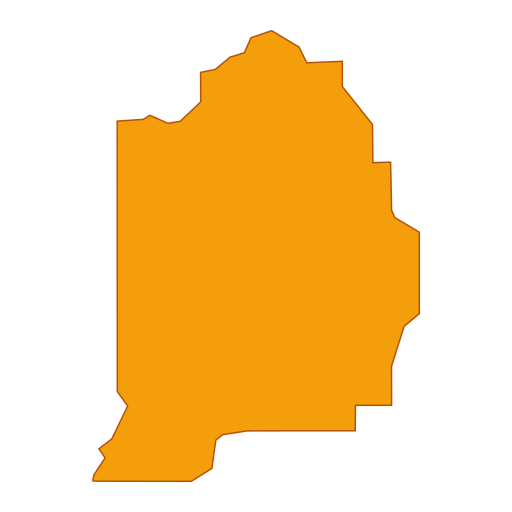 outline of Evangeline, Louisiana, United States of America
{"feature_id": "52423323B28730875803746", "entity_name": "Evangeline", "entity_type": "district", "adm_level": 2, "iso_a3": "USA", "parent_name": "United States of America", "parent_adm1": "Louisiana", "projection": "natural_earth1", "projection_center": [-92.405, 30.74], "detail": "fine", "context": "isolated", "style": "filled", "palette": "amber", "viewbox_px": 512, "rotation_deg": 0, "n_neighbors": 0, "source": "geoboundaries", "source_scale": "gbopen_adm2", "svg_char_len": 634}
<svg xmlns="http://www.w3.org/2000/svg" viewBox="0 0 512 512"><path d="M390.6,162.2L372.9,162.6L372.5,124.5L342.3,86.5L342.3,61.3L306.8,62.8L299.0,47.1L271.7,30.7L251.0,37.7L244.4,52.7L230.0,57.2L215.3,69.4L200.6,72.4L200.7,101.9L180.2,121.3L167.9,123.3L149.9,115.3L143.3,119.4L117.2,121.1L117.3,391.6L127.7,406.0L111.8,438.9L98.9,448.8L105.1,457.9L93.9,474.9L92.7,480.7L96.2,481.2L191.3,481.3L211.9,468.4L215.8,440.2L222.5,434.7L246.8,430.9L286.2,430.8L355.2,430.8L355.5,405.3L391.6,405.3L391.5,366.3L404.1,326.3L419.3,313.7L419.3,232.2L394.8,217.6L391.6,210.3L390.6,162.2Z" fill="#f59e0b" stroke="#b45309" stroke-width="1.5"/></svg>